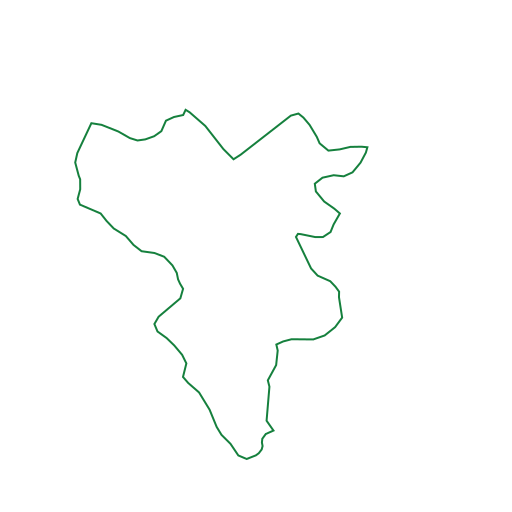 SVG path tracing the border of Kadiogo, rotated 68°
{"feature_id": "BFA-2815", "entity_name": "Kadiogo", "entity_type": "Province", "adm_level": 1, "iso_a3": "BFA", "parent_name": "Burkina Faso", "parent_adm1": "", "projection": "albers", "projection_center": [-1.48, 12.365], "detail": "fine", "context": "isolated", "style": "outline", "palette": "green", "viewbox_px": 512, "rotation_deg": 68, "n_neighbors": 0, "source": "natural_earth", "source_scale": "10m", "svg_char_len": 1475}
<svg xmlns="http://www.w3.org/2000/svg" viewBox="0 0 512 512"><g transform="rotate(68 256 256)"><path d="M424.4,305.2L424.7,313.6L427.8,318.6L431.2,320.4L434.7,321.1L437.5,323.2L439.9,327.3L440.8,330.8L440.7,340.7L434.3,347.1L420.6,350.0L408.9,355.0L399.7,356.5L381.1,356.6L361.2,359.9L348.4,366.4L340.8,369.0L329.5,360.8L320.0,361.5L308.3,365.3L298.6,369.6L289.1,375.6L281.0,375.7L275.8,369.0L266.9,342.0L259.1,335.9L253.2,336.8L248.4,337.0L242.0,335.8L233.4,337.0L222.3,341.4L215.2,349.0L208.7,360.3L199.9,365.4L188.7,369.2L177.2,377.6L167.6,381.4L158.4,384.1L142.4,400.0L136.3,400.0L128.3,394.0L119.0,390.3L115.2,390.3L101.6,388.6L93.6,383.1L71.2,358.9L76.5,350.1L89.0,337.0L99.4,328.8L104.5,322.6L106.4,315.0L106.8,305.6L104.8,297.0L96.8,288.8L96.4,280.0L98.0,270.7L94.1,266.5L97.9,263.7L116.4,254.3L144.6,246.2L157.9,240.6L156.3,232.2L138.9,171.1L139.8,163.3L145.4,160.2L154.5,157.2L168.3,155.0L175.4,154.8L185.4,149.4L188.5,138.5L190.2,127.6L194.2,117.2L196.9,112.0L201.3,115.4L208.6,124.1L214.6,135.2L215.0,144.8L210.2,153.7L208.3,165.0L211.0,174.4L218.6,176.3L231.0,172.4L241.4,165.7L248.0,162.3L255.8,172.2L261.7,177.9L263.5,186.8L260.7,193.9L252.5,206.3L251.2,208.8L253.3,211.8L288.2,209.6L297.3,206.2L307.2,196.6L314.3,193.8L320.2,192.3L325.3,194.5L345.4,199.2L351.6,209.3L355.4,222.1L354.8,234.2L346.5,254.2L345.4,262.8L345.7,270.3L351.8,271.3L364.7,278.2L375.7,291.6L382.2,292.5L412.7,307.9L424.4,305.2Z" fill="none" stroke="#15803d" stroke-width="2"/></g></svg>